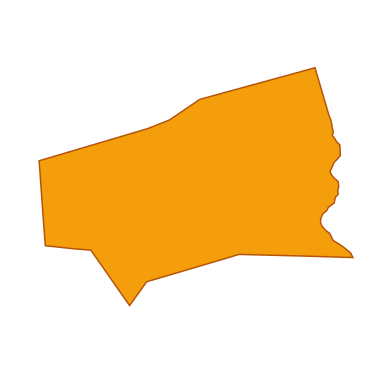 Taipu, Rio Grande do Norte, Brazil, rotated 80°
{"feature_id": "56859067B84836905302883", "entity_name": "Taipu", "entity_type": "district", "adm_level": 2, "iso_a3": "BRA", "parent_name": "Brazil", "parent_adm1": "Rio Grande do Norte", "projection": "robinson", "projection_center": [-35.567, -5.604], "detail": "fine", "context": "isolated", "style": "filled", "palette": "amber", "viewbox_px": 384, "rotation_deg": 80, "n_neighbors": 0, "source": "geoboundaries", "source_scale": "gbopen_adm2", "svg_char_len": 777}
<svg xmlns="http://www.w3.org/2000/svg" viewBox="0 0 384 384"><g transform="rotate(80 192 192)"><path d="M284.5,44.9L279.6,46.4L276.9,48.6L271.4,53.5L267.8,57.3L264.3,61.4L256.8,63.5L252.6,67.4L247.7,70.1L243.9,70.7L240.4,69.7L236.2,67.0L233.8,62.6L230.8,60.4L227.4,53.8L222.3,51.9L219.4,48.4L215.6,48.2L212.0,46.5L207.1,46.3L203.0,49.6L199.7,51.5L195.9,52.5L191.2,49.4L187.6,47.1L185.3,43.8L181.8,39.5L178.1,39.1L171.3,38.2L167.9,40.7L164.1,42.2L160.6,44.0L157.4,42.4L153.0,42.8L149.1,42.6L144.7,42.8L140.4,43.8L91.0,49.3L102.1,168.2L117.2,201.8L120.9,219.7L121.9,224.9L134.7,337.1L187.5,342.6L219.4,345.8L226.2,322.4L227.9,316.4L231.7,301.7L293.0,273.2L272.5,252.2L263.0,168.2L261.6,156.7L273.9,95.9L284.5,44.9Z" fill="#f59e0b" stroke="#b45309" stroke-width="1.5"/></g></svg>